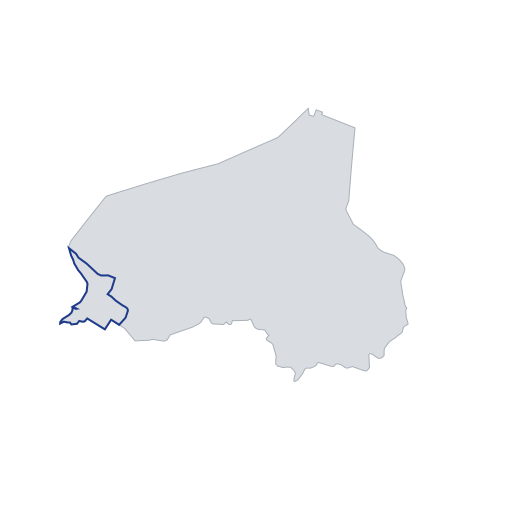 location of Al-Basrah within Iraq, rotated 122°
{"feature_id": "IRQ-3222", "entity_name": "Al-Basrah", "entity_type": "Province", "adm_level": 1, "iso_a3": "IRQ", "parent_name": "Iraq", "parent_adm1": "", "projection": "orthographic", "projection_center": [47.689, 30.202], "detail": "coarse", "context": "in_parent", "style": "outline", "palette": "blue", "viewbox_px": 512, "rotation_deg": 122, "n_neighbors": 0, "source": "natural_earth", "source_scale": "10m", "svg_char_len": 3599}
<svg xmlns="http://www.w3.org/2000/svg" viewBox="0 0 512 512"><g transform="rotate(122 256 256)"><path d="M220.0,100.7L223.0,100.1L228.9,95.6L232.5,91.4L233.5,91.0L236.4,92.6L238.5,93.1L243.4,91.6L246.3,92.6L248.7,93.8L250.0,93.9L256.5,96.9L258.1,97.3L261.4,97.8L266.5,98.1L269.8,96.4L272.1,94.8L273.7,94.9L275.3,95.3L276.6,96.1L277.6,97.4L278.1,99.3L277.7,105.2L278.1,106.8L278.9,107.9L280.1,108.1L281.5,106.9L284.0,105.1L287.0,103.2L289.2,101.4L290.5,100.7L292.5,100.8L294.4,101.2L295.5,102.1L295.5,102.4L296.4,105.2L298.7,115.7L300.2,117.0L301.8,118.2L303.0,119.7L303.4,121.3L303.2,123.7L303.1,126.5L303.8,128.6L304.7,130.3L305.6,131.1L307.0,131.2L308.6,131.7L309.6,133.3L312.8,145.2L313.1,146.7L314.6,147.3L317.0,147.1L319.5,148.4L322.1,150.3L324.5,154.0L326.2,154.6L331.5,154.1L338.7,154.8L342.1,156.7L341.7,157.8L339.1,159.1L334.4,160.5L333.0,163.1L332.2,166.4L332.3,168.2L333.4,170.3L336.6,174.4L336.8,175.8L337.3,177.9L337.9,179.3L337.2,182.0L334.2,183.8L330.3,185.8L322.2,194.7L321.6,196.7L321.6,202.0L320.8,203.5L318.3,203.4L316.3,203.1L316.2,205.0L314.9,207.5L314.1,209.6L316.9,214.8L317.4,217.5L316.9,220.0L314.1,224.2L312.4,227.1L312.8,227.7L314.9,228.9L321.2,238.4L323.3,241.8L326.1,241.0L327.1,241.0L327.9,241.6L328.4,242.7L328.4,244.1L327.6,246.2L331.2,247.1L332.4,249.3L336.5,256.7L336.3,258.8L334.2,262.3L334.2,264.6L334.6,266.6L335.2,267.4L341.3,267.7L343.9,268.6L350.3,272.4L357.5,278.2L363.4,283.0L368.5,287.0L373.9,286.8L375.4,287.5L376.8,288.7L378.3,292.0L381.4,299.5L384.1,302.0L388.2,308.0L392.1,313.6L389.5,321.2L387.0,329.1L387.0,339.3L387.0,344.8L392.3,345.0L398.2,345.3L398.3,351.8L398.4,358.4L398.4,365.9L400.2,366.3L403.0,367.9L404.1,370.3L405.6,371.6L407.4,371.8L409.2,373.0L411.0,375.2L411.6,376.8L411.2,378.0L411.6,379.9L412.8,382.8L414.3,384.1L416.7,385.7L413.5,386.7L410.1,386.0L402.8,382.7L400.5,382.6L397.4,383.9L397.3,385.0L389.6,381.3L386.8,380.6L385.8,380.5L381.4,380.5L375.1,381.2L371.5,382.7L368.9,384.2L367.7,385.8L367.3,386.6L365.3,391.2L362.9,397.2L360.5,402.5L355.7,409.9L353.1,413.4L347.5,419.8L341.4,421.0L327.4,419.5L311.9,417.9L296.5,416.1L285.1,414.8L284.2,414.4L273.1,404.9L264.4,397.4L253.5,388.0L242.5,378.3L231.4,368.5L223.4,361.3L213.7,352.1L204.9,343.7L198.0,337.1L189.1,331.1L182.1,326.4L172.0,319.5L164.0,314.0L157.1,309.3L146.6,302.0L143.1,300.0L131.9,297.1L121.3,294.4L110.3,291.7L103.1,289.9L108.3,285.6L107.1,281.2L103.5,281.7L100.2,282.5L98.8,275.8L101.3,275.2L99.7,266.4L98.1,257.5L96.5,248.8L94.9,239.9L104.6,235.1L111.8,231.4L121.9,226.3L131.6,221.4L140.8,216.6L150.9,211.4L160.0,206.6L168.1,205.0L169.8,203.4L173.9,196.4L177.4,190.5L177.7,189.0L178.2,180.3L179.4,170.1L180.8,164.7L182.9,160.0L184.7,156.6L185.1,153.3L185.1,149.9L183.8,144.8L182.4,139.4L182.9,134.3L183.4,131.6L184.8,127.4L186.8,124.3L188.9,122.4L196.4,120.8L200.9,119.8L207.0,114.5L210.7,111.4L215.8,106.3L219.6,102.6L219.9,101.3L220.0,100.7Z" fill="#d9dde1" stroke="#a8b0b8" stroke-width="1"/><path d="M396.2,384.6L388.8,380.8L386.8,380.5L376.1,380.7L368.8,384.2L367.6,385.8L363.4,395.6L362.3,399.2L358.7,406.1L355.9,409.3L353.7,412.9L348.5,418.7L349.5,409.7L351.5,405.6L352.2,395.6L355.1,380.7L354.6,377.0L350.8,371.1L349.5,363.9L360.6,360.9L367.0,361.6L367.1,356.8L368.2,351.2L368.6,343.0L368.4,339.7L368.7,337.3L370.1,335.7L377.4,333.9L386.9,335.6L386.8,345.1L398.3,345.3L398.4,366.0L402.4,366.7L403.7,368.3L404.8,371.5L408.4,371.9L411.9,376.3L411.0,378.5L412.4,380.9L413.5,384.2L417.1,386.3L415.8,387.0L412.1,386.7L405.1,383.3L402.0,382.5L399.3,382.9L396.9,384.2L396.3,380.8L395.7,380.1L396.2,384.6Z" fill="none" stroke="#1e3a8a" stroke-width="2"/></g></svg>